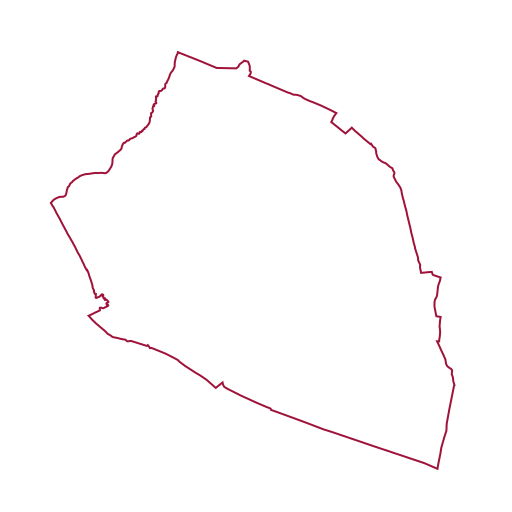 outline of Gavanesti, Olt, Romania, rotated 275°
{"feature_id": "2599482B13192402804767", "entity_name": "Gavanesti", "entity_type": "district", "adm_level": 2, "iso_a3": "ROU", "parent_name": "Romania", "parent_adm1": "Olt", "projection": "orthographic", "projection_center": [24.014, 44.415], "detail": "fine", "context": "isolated", "style": "outline", "palette": "rose", "viewbox_px": 512, "rotation_deg": 275, "n_neighbors": 0, "source": "geoboundaries", "source_scale": "gbopen_adm2", "svg_char_len": 6073}
<svg xmlns="http://www.w3.org/2000/svg" viewBox="0 0 512 512"><g transform="rotate(275 256 256)"><path d="M144.6,465.0L148.0,463.6L152.5,462.6L155.2,461.4L156.1,461.3L158.6,461.4L159.5,461.1L160.4,460.3L161.9,457.6L162.8,456.4L163.9,455.4L165.1,454.8L169.4,453.7L174.2,451.1L177.7,449.0L181.9,446.7L186.8,443.8L186.9,445.9L188.7,445.8L191.5,446.1L193.6,446.1L196.0,446.1L200.3,445.4L201.5,445.0L207.2,445.0L211.4,445.2L211.7,440.9L220.4,438.4L222.9,438.0L225.8,437.9L227.9,438.1L231.4,439.6L233.3,439.8L241.1,440.0L242.9,440.2L247.3,441.4L250.7,441.8L251.1,439.9L251.8,437.2L252.3,435.0L252.6,434.0L253.2,433.5L255.5,432.5L254.9,428.9L254.1,424.9L253.6,421.9L254.3,421.8L258.7,420.4L259.9,420.3L261.2,420.4L262.0,420.1L264.8,418.4L266.3,417.8L268.4,417.6L277.2,413.9L279.2,413.4L282.2,412.2L289.7,409.8L292.6,408.7L296.8,407.5L310.1,403.0L314.0,401.9L319.2,399.9L323.5,398.5L326.5,397.3L331.1,395.8L333.7,395.2L336.6,393.9L339.7,391.5L341.7,389.6L343.4,388.4L347.2,386.2L347.8,386.1L348.7,386.2L349.7,386.6L350.8,386.7L351.6,386.3L353.3,385.1L355.1,384.3L355.5,383.8L356.0,382.6L356.6,381.5L359.4,377.6L359.9,376.7L360.2,375.4L360.6,374.1L361.3,372.7L362.2,371.4L362.8,370.2L363.5,369.4L365.8,368.0L368.9,366.8L371.0,366.5L371.7,366.1L373.5,365.7L374.1,365.1L375.2,362.9L376.0,362.4L377.9,360.8L377.4,360.3L378.9,358.1L382.2,353.3L384.4,350.5L387.5,346.2L389.2,343.8L392.2,340.2L391.1,339.3L385.9,334.5L387.5,332.0L391.8,325.6L396.0,319.3L398.8,320.4L400.0,320.6L401.2,321.2L402.8,322.0L405.4,323.6L408.1,316.9L411.7,307.2L414.2,299.2L415.0,296.2L416.5,291.8L417.2,290.1L417.8,289.0L419.0,287.3L419.4,286.1L420.1,282.4L420.0,279.8L420.1,278.8L421.1,276.0L421.8,272.9L427.7,254.8L428.3,253.3L428.7,251.6L434.7,233.3L436.6,234.4L437.8,234.8L439.0,234.8L439.7,234.2L440.0,233.6L443.5,233.4L445.2,233.0L448.7,231.3L449.0,230.6L449.3,228.4L449.6,227.2L448.6,226.4L445.7,223.1L444.5,222.4L443.2,222.0L442.3,221.2L441.2,219.9L439.9,200.4L445.2,183.9L452.2,160.4L451.1,160.4L449.6,159.7L447.0,158.9L441.8,158.2L438.0,158.4L437.1,158.3L433.5,156.9L431.7,155.6L430.8,155.1L429.5,154.6L428.7,154.3L427.1,154.1L425.8,153.6L424.7,153.4L422.3,152.3L420.7,151.9L420.0,151.0L419.7,150.8L419.0,150.6L417.7,150.8L416.2,150.8L415.7,150.7L415.0,150.3L414.8,149.7L414.8,149.1L414.5,148.6L413.1,148.0L412.4,147.2L412.1,146.8L412.0,146.4L412.0,145.5L411.8,145.1L411.4,144.8L410.9,144.7L409.7,144.9L409.3,144.8L409.1,144.7L408.7,144.2L408.4,144.1L407.2,144.1L406.5,143.9L406.3,143.5L406.4,142.8L406.3,142.5L406.1,142.4L405.8,142.4L404.4,142.8L403.4,142.6L402.7,142.9L402.3,142.9L401.4,142.5L401.0,142.5L400.6,142.7L400.3,143.0L399.9,143.3L399.6,143.4L399.4,143.3L399.0,142.4L398.9,142.2L398.7,141.6L398.5,141.3L397.7,140.8L397.4,140.8L396.8,141.5L396.6,141.6L396.4,141.5L396.2,140.6L395.8,140.3L393.5,140.1L392.9,140.2L392.0,140.8L391.5,140.8L391.0,140.7L390.1,140.2L389.7,139.9L389.6,139.6L389.3,139.1L389.0,139.0L387.2,139.2L386.0,139.5L385.7,139.3L385.4,139.1L385.2,138.7L384.9,138.4L384.5,138.4L380.9,138.4L379.4,138.2L378.5,137.6L377.8,137.5L377.4,137.2L376.3,136.4L375.0,135.7L374.7,135.3L374.0,134.1L372.8,133.8L372.5,133.0L372.1,132.7L371.2,132.4L370.9,132.2L370.8,131.4L370.7,131.3L369.9,131.2L369.6,131.1L369.4,130.4L369.4,129.8L369.3,129.3L369.1,129.2L368.2,129.2L367.7,129.1L367.6,128.8L367.6,128.2L367.9,127.2L367.7,126.9L367.4,126.7L366.8,126.5L365.6,126.4L365.1,126.2L364.2,125.2L363.8,124.2L363.0,123.3L362.6,122.7L362.3,121.6L361.5,120.2L360.1,119.3L360.0,119.0L359.9,117.9L359.6,117.5L358.9,117.0L358.3,116.2L357.5,115.7L357.3,115.4L357.3,114.6L357.1,114.3L355.5,113.5L353.2,112.8L351.7,112.7L350.3,112.1L347.8,109.7L345.7,107.4L345.2,106.7L342.2,105.3L341.3,104.9L340.5,104.7L336.0,104.8L334.8,104.7L332.6,104.1L331.7,103.7L327.7,101.6L326.0,99.9L325.7,99.5L325.4,98.9L325.4,98.5L325.3,97.8L325.4,96.7L325.3,93.7L325.2,93.2L324.8,91.1L324.8,89.2L324.7,88.4L323.2,82.1L322.6,78.8L322.2,77.7L321.3,75.5L320.0,73.2L318.8,72.1L317.7,70.4L316.4,68.8L315.8,68.3L314.9,67.2L313.7,66.5L312.8,65.4L311.5,64.4L310.6,64.2L309.8,63.9L309.1,63.5L308.3,62.6L307.7,62.4L306.3,62.2L305.4,61.9L302.2,61.6L300.6,61.3L299.9,61.0L298.9,60.1L298.3,59.0L298.2,58.4L298.1,57.1L297.6,54.8L296.1,51.9L294.3,49.5L291.0,47.0L287.9,49.2L287.0,50.1L281.1,53.7L276.2,57.1L270.6,60.6L262.7,65.8L261.7,66.3L258.2,68.9L254.8,71.2L254.3,71.7L253.9,72.0L253.2,72.3L248.9,75.2L244.3,77.9L240.6,80.5L236.6,82.9L234.9,83.8L233.5,84.8L229.9,86.7L229.3,87.2L227.7,88.2L226.2,89.4L226.5,89.5L224.3,90.7L222.0,91.5L217.7,93.5L214.8,94.7L211.9,95.8L210.6,95.9L209.5,96.4L207.7,97.6L206.2,97.6L205.8,98.1L204.6,98.4L204.3,98.7L204.2,99.8L200.6,99.9L200.4,100.1L200.3,100.5L200.5,101.0L201.2,102.3L201.5,103.1L201.7,103.5L204.4,105.8L204.4,106.4L204.3,106.7L203.9,107.2L203.7,107.3L202.6,106.6L202.1,106.9L202.0,107.2L201.5,107.8L200.7,107.8L200.4,108.2L200.7,109.1L200.6,109.4L200.4,109.5L199.8,109.4L199.5,109.1L199.1,109.2L199.0,109.4L199.1,109.6L199.3,109.9L199.5,110.3L199.4,110.9L199.2,111.2L198.8,111.6L197.6,112.9L197.3,112.9L197.0,112.8L196.7,112.5L196.4,111.8L196.0,111.2L195.8,111.1L195.2,111.2L194.5,111.6L194.4,111.9L194.2,113.0L193.8,113.1L193.1,112.6L192.1,110.7L191.1,109.3L190.7,108.4L190.6,107.5L190.9,106.8L191.0,106.1L191.0,105.5L190.9,105.0L190.4,104.9L188.2,105.2L185.9,101.2L182.2,95.1L181.9,94.5L178.0,98.6L176.4,100.7L175.0,102.3L168.1,112.1L166.9,113.6L166.0,114.4L165.3,115.6L164.1,118.2L162.9,120.0L162.7,120.6L162.4,123.6L162.3,124.8L161.6,128.7L161.6,129.7L161.4,130.6L161.3,133.1L159.8,135.2L159.8,135.8L160.2,137.2L160.5,138.9L156.9,155.2L157.8,156.0L156.5,157.3L155.0,158.4L155.1,159.3L155.3,160.0L150.8,174.6L146.8,184.4L145.5,187.3L144.2,188.7L140.5,194.6L134.8,205.3L132.1,210.9L128.4,217.5L121.1,227.4L127.1,233.7L125.5,234.2L124.0,234.9L122.8,235.9L121.1,239.4L115.6,253.2L109.7,269.8L106.3,280.3L105.8,282.4L105.3,283.7L104.9,284.1L104.0,284.3L103.0,288.3L94.4,320.1L89.3,337.9L87.5,346.1L77.1,388.5L64.3,441.8L59.8,455.3L66.4,455.9L75.0,456.9L81.1,457.3L92.5,459.5L98.4,460.9L105.6,460.6L120.6,462.0L144.1,464.6L144.6,465.0Z" fill="none" stroke="#9f1239" stroke-width="2"/></g></svg>